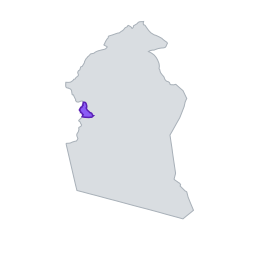 Assoungha, Ouaddaï, Chad (highlighted), rotated 167°
{"feature_id": "50815135B12284790062818", "entity_name": "Assoungha", "entity_type": "district", "adm_level": 2, "iso_a3": "TCD", "parent_name": "Chad", "parent_adm1": "Ouaddaï", "projection": "mercator", "projection_center": [22.07, 13.467], "detail": "fine", "context": "in_parent", "style": "filled", "palette": "violet", "viewbox_px": 256, "rotation_deg": 167, "n_neighbors": 0, "source": "geoboundaries", "source_scale": "gbopen_adm2", "svg_char_len": 5003}
<svg xmlns="http://www.w3.org/2000/svg" viewBox="0 0 256 256"><g transform="rotate(167 128 128)"><path d="M191.8,78.6L191.9,84.3L191.9,90.1L191.9,95.8L191.9,101.5L191.9,107.1L191.9,112.8L191.9,118.4L191.9,124.1L191.9,125.9L191.7,126.7L191.7,126.8L191.4,126.9L188.5,126.4L187.3,126.4L185.5,126.8L182.9,127.0L181.2,126.9L180.1,127.9L179.2,129.0L179.6,131.8L179.5,132.7L179.1,133.7L178.3,134.5L177.6,135.2L177.1,135.8L176.5,137.0L176.1,137.6L176.1,138.4L176.0,139.2L175.5,139.7L174.3,140.0L173.5,140.3L172.9,140.9L172.5,141.4L172.7,142.0L173.0,142.7L173.2,144.0L173.3,144.7L173.9,145.3L174.2,145.7L174.4,146.2L174.0,146.7L172.5,147.6L171.9,147.9L171.3,148.4L171.0,148.5L169.9,149.4L169.4,150.1L169.1,150.8L169.1,151.6L169.7,152.9L170.3,154.0L170.5,154.9L170.7,155.8L170.6,156.6L170.3,157.4L169.7,158.1L167.7,159.3L166.7,160.7L165.9,162.4L165.7,163.3L165.9,164.0L166.4,164.5L167.0,164.7L167.8,164.8L169.3,164.5L170.7,164.4L172.1,165.0L172.9,166.4L172.6,167.4L173.1,169.3L173.6,171.6L173.6,172.3L173.8,172.6L174.7,172.8L174.9,173.3L174.6,177.3L175.0,178.4L175.6,179.2L176.3,179.6L177.0,180.1L177.3,180.5L178.1,180.6L179.0,181.3L179.3,182.2L179.2,183.2L178.7,185.2L178.3,186.5L177.7,186.4L176.7,186.1L175.4,185.8L173.8,185.6L172.3,186.1L170.7,186.8L170.2,187.4L169.7,187.7L169.0,187.6L168.4,187.7L168.0,188.2L167.4,188.8L165.1,189.9L164.6,190.4L164.3,190.8L164.3,191.2L164.5,192.2L164.5,193.4L164.0,194.3L163.4,194.9L162.7,195.2L162.1,195.3L161.7,195.7L160.5,197.9L160.0,198.3L158.9,198.2L155.8,201.4L155.5,202.3L154.4,203.7L153.0,205.2L151.7,205.9L151.6,206.2L151.2,206.5L150.4,206.8L147.7,208.6L144.5,208.5L143.0,209.2L141.6,209.6L139.6,209.9L138.9,209.9L136.3,210.0L133.2,210.0L132.0,210.2L130.9,210.9L130.1,211.5L130.1,212.0L132.2,213.7L132.8,214.4L132.2,215.1L131.9,215.2L131.6,215.8L130.3,217.5L128.4,219.4L127.4,220.0L127.0,220.4L126.5,221.7L126.2,221.9L124.8,222.0L122.2,222.2L118.6,222.6L116.4,222.8L115.1,222.6L113.2,223.5L112.5,223.8L112.1,223.8L110.2,224.7L108.6,226.1L108.1,226.3L105.9,226.9L105.0,227.9L104.6,227.9L103.2,226.7L102.2,225.6L101.7,224.4L101.7,224.1L101.4,224.1L100.6,224.6L100.0,225.2L99.7,226.3L97.4,227.0L95.4,227.7L94.5,228.5L93.2,228.9L91.4,228.7L90.1,228.4L88.8,228.3L89.4,227.3L89.6,226.5L89.7,225.6L89.6,225.0L88.8,224.7L88.3,224.2L87.2,221.4L86.0,218.5L84.3,215.6L82.5,213.8L81.2,212.6L80.8,212.5L80.2,212.1L79.7,211.8L77.3,209.9L74.8,207.7L74.2,206.7L73.0,205.2L71.6,203.6L70.9,202.9L70.5,201.7L71.5,200.5L72.5,199.1L73.8,198.1L75.4,198.1L78.1,198.5L80.9,198.6L83.8,198.3L84.5,198.1L85.3,198.1L86.8,198.4L89.5,198.4L90.9,197.8L89.4,196.8L87.8,195.2L86.3,193.5L85.4,191.9L84.5,189.9L83.8,187.4L83.3,184.1L83.4,182.3L83.6,181.0L84.4,178.8L83.9,177.6L84.0,176.6L83.9,175.1L83.7,174.3L82.6,171.8L82.4,171.5L81.5,169.8L81.1,166.9L80.0,165.0L78.4,164.1L77.4,163.0L77.1,161.0L76.4,160.5L73.8,159.8L71.6,159.8L70.0,157.5L67.9,154.6L66.0,152.0L64.8,146.6L64.1,143.5L64.9,142.6L66.5,140.4L68.5,136.2L73.0,129.6L75.3,126.3L79.9,121.3L85.5,115.1L88.7,111.7L89.2,105.3L89.7,98.6L90.2,93.5L90.7,87.4L91.1,82.3L91.4,78.6L91.8,73.4L92.2,72.4L94.4,68.2L94.6,67.7L94.2,67.0L91.0,63.4L90.1,62.6L89.5,60.8L90.3,59.8L86.5,53.8L85.6,53.1L85.1,52.4L85.1,51.3L85.0,47.2L84.0,40.7L82.7,33.1L87.1,30.9L90.5,29.3L94.9,27.1L98.9,29.3L104.7,32.4L110.5,35.5L116.3,38.7L122.1,41.8L127.9,44.9L133.7,47.9L139.6,51.0L145.4,54.1L151.2,57.2L157.0,60.3L162.8,63.3L168.6,66.4L174.4,69.5L180.2,72.5L186.0,75.6L191.8,78.6Z" fill="#d9dde1" stroke="#a8b0b8" stroke-width="1"/><path d="M163.4,158.1L163.3,158.8L163.2,159.6L163.3,160.0L163.3,161.0L163.7,162.2L164.0,162.5L164.7,162.9L165.1,163.0L165.6,163.1L165.6,162.9L165.8,162.9L166.0,162.7L166.1,162.2L166.2,161.9L166.3,161.9L166.4,161.7L166.4,161.4L166.5,161.2L166.6,160.9L166.9,160.5L167.0,160.5L167.0,160.4L167.0,160.2L166.9,160.1L167.1,160.0L167.2,159.9L167.3,159.8L167.5,159.8L167.6,159.7L167.8,159.4L167.9,159.2L168.0,159.0L168.1,158.9L168.2,159.0L168.3,159.0L168.5,158.9L168.8,158.9L168.8,158.7L169.0,158.7L169.5,158.6L169.6,158.4L169.6,158.2L169.8,158.1L170.0,158.0L170.0,157.9L170.0,157.6L170.3,157.5L170.4,157.3L170.5,157.3L170.5,157.2L170.8,157.0L170.9,156.9L170.9,156.7L171.0,156.7L171.2,156.4L171.3,156.4L171.3,156.2L171.2,155.9L171.2,155.7L170.9,155.4L170.7,155.3L170.7,155.1L170.5,154.9L170.5,154.7L170.4,154.4L170.5,154.1L170.6,153.9L170.4,153.9L170.3,153.7L170.2,153.6L170.1,153.4L169.9,153.3L169.8,153.2L169.7,153.1L169.6,152.9L169.5,152.7L169.4,152.5L169.3,152.4L169.2,152.2L169.3,152.1L169.4,151.9L169.4,151.7L169.2,151.5L169.2,151.4L169.0,151.2L168.9,151.2L168.7,151.1L168.8,150.9L169.0,150.7L169.5,150.1L169.9,149.6L170.1,149.4L169.9,149.3L169.4,148.9L168.9,148.7L168.0,148.4L167.6,148.2L165.1,147.5L163.8,147.1L162.8,147.0L162.4,147.0L161.8,146.8L161.0,146.7L160.3,146.9L159.5,147.4L158.8,147.8L159.6,148.2L159.8,148.7L159.8,149.4L160.0,150.2L160.2,150.6L160.7,150.9L160.9,151.3L161.7,151.5L162.2,152.5L162.7,153.3L163.6,154.4L164.2,156.6L164.0,157.3L163.5,157.6L163.4,158.1Z" fill="#8b5cf6" stroke="#5b21b6" stroke-width="1.5"/></g></svg>